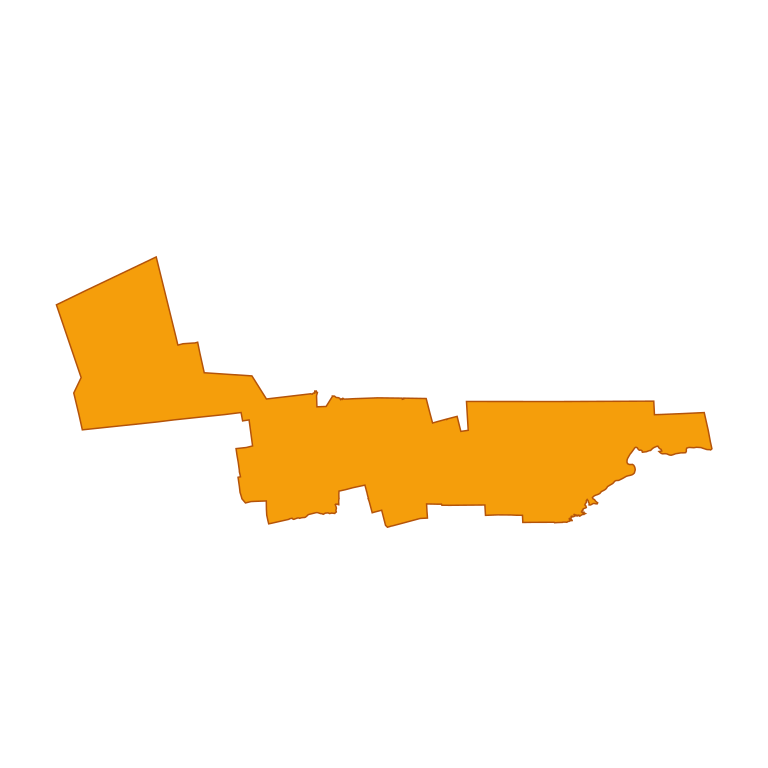 Tulumba, Córdoba, Argentina, rotated 346°
{"feature_id": "61730980B98199782535920", "entity_name": "Tulumba", "entity_type": "district", "adm_level": 2, "iso_a3": "ARG", "parent_name": "Argentina", "parent_adm1": "Córdoba", "projection": "equal_earth", "projection_center": [-63.376, -30.11], "detail": "fine", "context": "isolated", "style": "filled", "palette": "amber", "viewbox_px": 768, "rotation_deg": 346, "n_neighbors": 0, "source": "geoboundaries", "source_scale": "gbopen_adm2", "svg_char_len": 5866}
<svg xmlns="http://www.w3.org/2000/svg" viewBox="0 0 768 768"><g transform="rotate(346 384 384)"><path d="M117.1,221.2L85.3,227.9L91.7,304.5L80.8,317.7L80.6,339.8L80.2,355.5L105.2,359.0L155.1,366.0L171.5,368.0L200.8,372.1L221.9,375.1L238.4,377.1L237.9,385.6L244.4,386.2L241.5,412.3L235.0,412.3L224.8,410.9L224.1,417.8L223.6,424.8L222.7,433.0L222.4,434.3L222.4,436.7L222.3,439.3L219.8,439.2L218.9,448.2L218.1,454.3L218.3,457.7L218.4,461.1L220.8,465.9L226.5,465.9L230.1,466.6L241.5,469.0L239.6,477.1L238.5,482.8L238.3,488.5L238.3,491.8L240.5,491.9L259.0,492.3L259.8,491.9L261.6,492.0L262.3,492.0L262.8,492.9L263.7,493.5L265.5,493.3L267.6,493.1L268.8,493.3L269.7,493.9L271.3,493.8L273.1,494.0L274.5,494.3L275.6,494.2L277.3,493.4L278.6,492.6L279.4,492.4L281.0,492.4L282.3,492.4L285.3,492.4L287.2,492.4L288.8,492.9L289.8,493.6L291.1,494.4L292.5,494.9L293.5,495.7L294.9,495.4L295.7,495.1L297.8,495.4L298.5,495.5L299.2,496.0L299.7,496.5L300.4,496.5L301.1,496.7L301.8,496.5L304.9,497.7L305.3,497.3L306.2,496.9L306.8,496.6L306.8,494.7L307.4,493.8L307.8,492.9L307.8,491.9L307.7,490.4L307.5,489.2L308.0,488.9L308.8,489.2L309.4,489.1L309.9,489.3L310.2,489.9L310.9,490.2L311.1,489.5L311.5,487.4L312.3,484.9L312.7,484.2L312.8,483.1L313.0,482.3L313.5,480.1L314.2,477.7L314.5,477.0L316.2,477.1L320.5,477.2L322.5,477.2L328.7,477.1L341.0,477.5L341.1,481.7L341.1,484.1L341.2,484.6L341.1,487.6L341.2,491.3L340.9,491.3L341.2,494.4L341.4,506.1L343.3,506.0L351.2,505.9L351.3,521.5L352.7,523.8L355.7,523.7L356.4,523.6L357.9,523.7L371.0,523.5L386.5,523.2L393.7,524.6L394.2,522.1L394.9,517.9L396.3,510.7L402.3,512.3L406.3,513.4L410.7,514.5L410.8,515.6L412.9,516.2L416.2,517.0L417.5,517.4L420.1,518.0L452.6,525.8L450.7,536.0L462.7,538.5L475.5,541.8L480.5,543.3L486.6,544.9L485.2,551.9L487.6,552.5L494.0,554.0L515.6,559.3L515.9,559.9L518.8,560.4L523.9,561.5L524.2,561.3L526.9,562.0L527.9,562.4L528.1,562.4L528.4,562.2L529.4,561.9L530.3,562.1L530.9,561.9L531.5,561.8L531.8,561.8L532.2,561.7L532.5,561.7L532.9,561.9L533.3,562.1L533.5,562.1L533.6,561.9L533.3,561.2L533.0,560.8L532.8,560.8L532.5,560.8L532.2,560.8L531.7,560.9L531.3,560.7L531.2,560.3L531.1,559.6L531.2,559.4L531.3,559.3L532.2,559.3L532.5,559.4L532.9,559.4L533.2,559.3L533.3,559.1L533.6,558.4L533.7,558.2L533.6,557.8L533.7,557.7L534.1,557.7L534.2,557.8L534.4,558.0L534.5,558.0L534.8,557.9L535.0,558.0L535.0,558.5L535.5,558.4L535.8,558.4L536.0,558.6L536.6,558.4L537.2,558.3L537.3,558.3L537.3,558.2L537.4,557.9L537.2,557.8L537.1,557.7L537.1,557.4L537.3,557.3L537.3,557.2L537.0,557.0L536.9,556.6L537.2,556.6L538.2,557.5L538.5,557.5L538.9,557.9L539.0,558.3L538.9,558.5L539.0,558.6L539.4,558.7L539.3,558.2L539.4,557.9L539.5,557.9L539.9,558.3L540.4,558.5L540.9,558.6L541.2,558.3L541.4,558.3L541.6,558.5L541.7,558.9L541.6,559.0L541.3,559.0L541.7,559.4L542.0,559.6L542.5,559.4L543.3,559.1L543.8,558.9L544.2,558.9L545.1,558.6L545.6,558.6L546.2,558.9L546.4,558.6L546.5,558.5L547.1,558.7L547.7,558.4L548.0,558.4L547.3,557.7L547.1,557.5L547.0,557.0L546.8,557.4L546.7,557.4L546.4,557.4L546.0,557.0L545.5,556.9L545.4,556.7L545.2,556.5L545.2,556.4L544.9,556.2L544.7,555.9L544.9,555.7L545.1,555.8L545.2,555.7L545.3,555.4L545.7,555.2L545.8,555.1L545.6,554.8L545.7,554.7L545.8,554.6L546.0,554.6L546.4,554.3L546.9,553.8L546.8,553.6L547.6,553.2L549.0,553.1L550.4,552.8L550.4,551.2L549.6,549.9L550.6,548.7L551.8,547.7L552.1,546.1L553.2,545.2L553.8,546.5L553.8,548.0L554.2,549.4L553.7,550.9L554.8,551.3L556.3,551.1L557.7,550.6L559.0,550.7L560.3,551.4L561.8,551.9L562.6,551.0L561.6,549.8L560.8,548.5L560.3,547.1L559.1,546.1L558.7,544.7L560.0,543.8L561.3,543.3L563.4,543.0L564.1,543.0L565.3,542.8L567.0,542.4L568.2,541.4L569.5,540.8L571.0,540.5L572.5,540.1L573.8,539.6L575.1,538.6L576.1,537.6L581.1,536.1L581.6,536.0L583.0,535.2L584.1,534.3L585.5,533.8L588.4,534.3L592.6,533.4L596.8,532.2L598.8,532.1L600.6,532.2L602.7,532.1L604.0,531.7L605.4,530.9L607.0,528.1L607.2,526.3L607.1,524.8L606.6,523.2L605.6,522.1L604.3,521.9L602.7,521.5L601.5,520.7L600.8,519.2L601.1,517.6L601.7,516.1L602.6,514.9L605.9,511.5L607.2,510.6L609.7,508.5L610.7,507.7L611.7,506.7L613.1,506.3L614.3,507.1L614.8,508.7L615.7,510.0L617.0,510.2L618.1,511.0L618.2,512.7L622.3,513.2L625.1,512.8L626.6,513.0L628.9,511.6L630.5,511.0L633.4,510.5L634.7,510.6L635.2,512.3L636.2,513.8L637.1,514.5L637.3,516.2L634.5,516.0L635.3,517.3L636.3,518.5L637.6,519.2L639.4,519.5L640.5,519.8L641.8,520.4L643.0,521.4L644.3,522.2L645.6,522.6L647.7,522.5L650.1,522.2L652.1,522.4L655.1,522.6L656.1,522.8L658.7,523.4L660.1,523.6L661.1,522.4L661.5,520.6L662.2,519.5L663.8,519.3L665.2,519.5L669.3,520.8L671.9,521.0L676.3,522.4L677.7,523.4L681.6,525.8L684.2,526.5L685.0,527.0L686.5,526.2L686.6,522.8L686.7,519.0L687.4,507.3L687.8,489.2L666.8,485.0L645.4,480.6L639.0,479.2L641.6,465.9L547.3,442.8L459.8,420.9L454.5,449.3L447.1,448.6L447.1,433.1L437.3,433.2L436.7,433.6L436.2,433.6L436.2,433.2L431.6,433.3L427.2,433.4L421.7,433.6L421.5,422.8L421.4,408.3L399.7,402.5L399.6,403.2L398.1,403.3L398.1,402.1L374.5,395.9L369.7,394.9L351.4,391.0L345.2,389.8L341.7,389.0L341.5,388.9L340.9,388.1L340.6,387.9L340.4,387.9L340.3,388.0L340.2,388.3L340.1,388.7L340.0,388.8L339.6,388.3L339.4,388.2L339.2,388.4L338.9,388.4L338.7,388.2L338.5,388.3L338.5,388.5L338.4,388.7L338.2,388.8L338.1,388.7L337.9,388.2L337.8,387.8L337.7,387.4L337.5,387.1L337.2,386.8L336.0,386.0L335.4,385.9L335.0,385.8L334.0,385.2L333.1,383.8L332.1,383.6L331.9,383.4L331.0,383.2L331.0,383.5L322.4,391.8L313.4,389.9L315.7,379.1L317.3,376.2L316.8,376.0L316.7,374.8L316.5,374.3L315.6,374.4L315.2,374.1L314.9,374.6L315.0,375.3L314.9,375.7L314.5,376.1L314.0,375.8L313.3,375.7L312.6,376.1L312.1,376.5L310.9,376.1L310.7,375.8L266.3,370.1L257.8,344.2L212.3,329.6L212.8,309.6L213.3,298.4L210.2,298.4L209.4,298.2L198.7,296.3L193.6,296.4L193.4,296.3L193.4,295.9L193.5,287.2L193.7,206.9L193.7,205.6L117.1,221.2Z" fill="#f59e0b" stroke="#b45309" stroke-width="1.5"/></g></svg>